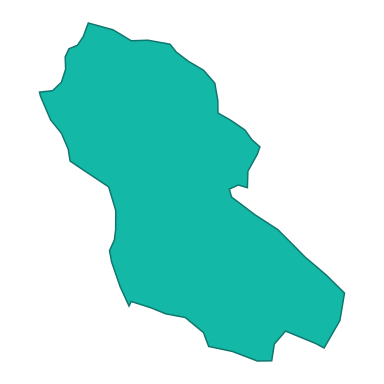 the border of Cetinje
{"feature_id": "MNE-1500", "entity_name": "Cetinje", "entity_type": "Municipality", "adm_level": 1, "iso_a3": "MNE", "parent_name": "Montenegro", "parent_adm1": "", "projection": "natural_earth1", "projection_center": [18.874, 42.501], "detail": "fine", "context": "isolated", "style": "filled", "palette": "teal", "viewbox_px": 384, "rotation_deg": 0, "n_neighbors": 0, "source": "natural_earth", "source_scale": "10m", "svg_char_len": 888}
<svg xmlns="http://www.w3.org/2000/svg" viewBox="0 0 384 384"><path d="M88.3,23.0L113.2,29.9L131.3,40.8L147.8,40.2L170.0,44.2L176.4,52.2L188.2,61.2L203.5,70.2L214.8,83.2L217.6,99.1L217.8,100.2L218.0,113.0L231.4,120.7L245.0,130.1L251.8,139.6L259.9,146.9L257.3,154.2L247.9,171.2L247.4,187.7L238.3,185.0L229.3,189.1L231.5,197.0L254.7,214.6L277.8,229.6L290.9,242.7L305.0,257.0L326.3,275.1L344.5,293.1L339.9,320.5L324.1,348.0L315.7,343.5L285.5,331.1L274.3,344.1L271.7,360.8L257.3,361.0L232.2,351.4L208.9,346.5L208.7,346.5L203.5,332.6L185.2,317.5L165.6,313.8L151.2,307.9L131.2,301.5L129.0,306.0L120.1,286.5L111.7,262.2L109.5,250.7L114.4,239.9L115.6,229.8L115.8,210.7L108.7,186.9L85.2,171.3L70.1,161.1L68.2,149.0L61.4,133.2L50.6,119.9L40.5,96.2L39.5,92.1L52.6,90.7L61.4,82.3L65.6,69.3L65.2,56.8L69.0,48.7L77.4,45.3L83.2,36.7L88.3,23.0Z" fill="#14b8a6" stroke="#0f766e" stroke-width="1.5"/></svg>